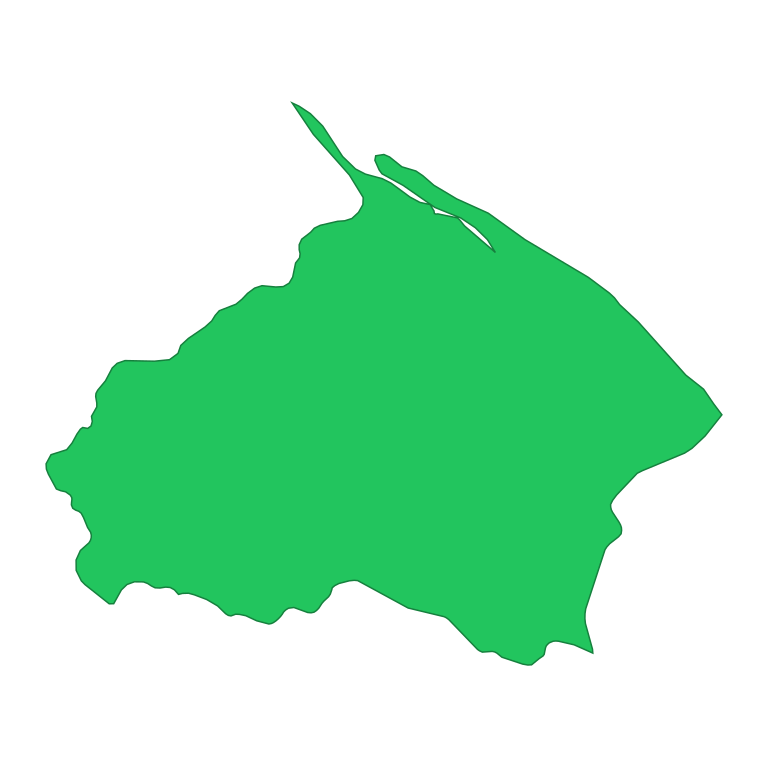 the Region of Barima-Waini
{"feature_id": "GUY-675", "entity_name": "Barima-Waini", "entity_type": "Region", "adm_level": 1, "iso_a3": "GUY", "parent_name": "Guyana", "parent_adm1": "", "projection": "orthographic", "projection_center": [-59.909, 7.754], "detail": "fine", "context": "isolated", "style": "filled", "palette": "green", "viewbox_px": 768, "rotation_deg": 0, "n_neighbors": 0, "source": "natural_earth", "source_scale": "10m", "svg_char_len": 2910}
<svg xmlns="http://www.w3.org/2000/svg" viewBox="0 0 768 768"><path d="M275.8,287.0L283.3,286.6L289.1,283.2L292.7,277.1L295.6,263.0L299.6,257.8L300.1,253.7L299.2,249.7L299.2,244.7L301.7,239.2L310.6,232.3L314.3,228.2L320.3,225.3L337.6,221.3L344.7,220.8L351.9,218.5L358.5,212.4L362.9,204.7L363.2,197.5L349.4,175.0L313.4,134.4L292.2,103.0L299.1,106.2L310.4,113.7L322.8,126.2L342.6,156.5L355.5,169.0L365.4,174.1L382.3,178.7L391.0,183.1L409.9,197.0L419.9,202.4L430.2,204.6L433.3,209.9L433.9,210.6L434.4,213.5L435.8,214.1L437.9,213.9L457.4,217.9L460.0,220.3L464.5,225.9L495.4,252.5L487.4,239.6L475.3,227.7L460.8,218.0L434.8,207.4L403.0,185.3L382.0,173.8L379.2,170.0L374.9,160.3L375.7,155.8L383.9,154.5L389.6,157.0L401.8,166.8L415.9,171.0L422.8,175.7L433.9,185.3L456.7,198.9L488.3,213.2L525.1,239.7L588.4,277.4L609.4,293.1L614.5,297.9L619.6,304.6L638.3,322.0L685.8,375.1L703.6,389.2L713.7,403.9L721.9,414.8L705.1,436.0L691.9,448.4L684.6,453.1L642.3,470.7L637.2,473.3L616.6,495.0L612.7,500.2L610.6,504.4L610.7,507.1L611.3,509.7L612.5,512.2L619.1,522.3L620.5,524.9L621.4,527.6L621.6,530.4L621.1,533.8L618.6,536.7L609.7,543.7L606.9,546.8L605.0,549.7L585.7,608.8L585.0,613.7L584.9,618.6L585.4,623.5L592.5,649.2L592.8,653.1L574.1,644.8L558.5,641.2L555.8,641.0L553.2,641.2L549.3,642.8L547.4,644.5L546.2,646.0L545.5,647.8L544.2,654.3L543.1,655.9L538.9,658.8L531.6,664.8L527.8,665.0L522.7,664.1L501.9,657.2L496.9,653.1L494.6,651.9L492.2,651.4L482.3,652.1L479.5,650.8L477.5,649.4L448.8,619.6L446.4,617.8L444.2,616.7L408.1,608.0L357.7,580.6L354.2,580.3L349.3,580.8L338.9,583.5L334.8,585.6L332.2,587.8L331.8,589.7L330.3,594.1L328.6,596.7L323.9,601.1L321.9,603.4L318.7,608.3L316.5,610.5L314.0,612.2L311.1,612.8L307.7,612.5L293.9,607.5L288.5,608.2L285.6,610.0L283.6,612.0L282.4,614.0L280.6,616.4L278.3,618.8L275.9,620.9L273.4,622.6L271.4,623.5L268.9,624.0L256.7,620.8L245.8,615.7L239.6,614.4L235.7,614.2L231.0,615.9L228.3,615.4L225.6,613.7L217.6,605.9L206.7,599.5L194.3,594.8L188.5,593.2L182.5,593.4L178.5,594.4L174.4,589.8L170.2,587.5L165.7,587.1L160.0,588.0L155.1,587.8L151.3,585.9L147.7,583.5L143.4,581.9L134.4,581.8L127.0,584.5L121.4,589.9L113.7,603.7L109.2,603.8L85.0,584.6L81.3,580.8L76.2,570.4L76.1,560.0L80.4,550.5L88.9,542.9L90.4,540.5L91.2,537.9L91.3,535.1L90.6,532.2L87.6,527.5L83.6,517.7L81.2,513.2L78.8,511.3L75.6,510.1L72.8,508.3L71.4,504.9L71.6,502.0L71.9,499.7L71.8,497.7L70.3,495.1L65.6,491.8L60.7,490.7L56.4,489.0L48.4,474.2L46.4,469.1L46.1,463.8L51.0,454.7L66.7,449.7L72.1,443.0L77.0,434.0L80.4,429.2L82.7,427.5L87.7,428.4L91.0,426.0L92.3,421.5L91.5,416.3L96.8,406.9L96.8,403.1L95.7,396.5L96.0,393.4L97.7,390.2L105.5,380.8L112.3,367.9L117.2,363.3L125.0,360.6L154.4,361.2L169.5,359.7L178.0,353.4L180.8,345.4L188.4,338.4L205.2,326.9L206.6,325.6L211.7,321.0L215.2,315.4L219.3,310.7L236.0,304.2L242.0,299.2L247.5,293.4L254.6,288.1L262.0,285.7L275.8,287.0Z" fill="#22c55e" stroke="#15803d" stroke-width="1.5"/></svg>